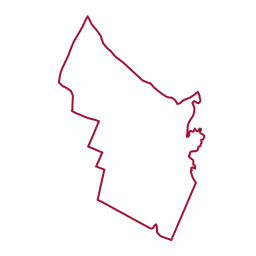 Prey Veng, Prey Vêng, Cambodia (Robinson projection), rotated 203°
{"feature_id": "14789045B86524925966817", "entity_name": "Prey Veng", "entity_type": "district", "adm_level": 2, "iso_a3": "KHM", "parent_name": "Cambodia", "parent_adm1": "Prey Vêng", "projection": "robinson", "projection_center": [105.325, 11.475], "detail": "fine", "context": "isolated", "style": "outline", "palette": "rose", "viewbox_px": 256, "rotation_deg": 203, "n_neighbors": 0, "source": "geoboundaries", "source_scale": "gbopen_adm2", "svg_char_len": 2155}
<svg xmlns="http://www.w3.org/2000/svg" viewBox="0 0 256 256"><g transform="rotate(203 128 128)"><path d="M208.6,214.8L209.0,213.8L209.1,211.7L209.3,208.1L209.5,202.9L210.1,198.0L211.0,191.3L211.7,185.6L211.6,178.8L211.3,171.3L211.6,162.7L211.9,157.0L211.5,151.4L210.3,146.2L209.3,142.9L207.2,142.0L203.9,140.8L203.2,141.2L199.1,140.6L194.9,139.7L191.4,136.2L189.6,131.6L187.8,126.6L186.4,123.3L186.5,122.0L185.7,121.6L183.4,121.5L180.5,121.3L177.4,121.5L173.4,121.4L168.9,121.5L164.7,122.1L161.3,122.7L157.4,122.7L157.3,110.7L157.4,95.4L145.3,95.4L142.1,95.4L142.1,89.3L142.3,80.2L133.5,80.4L127.9,50.0L122.8,49.7L68.4,44.3L67.2,44.5L65.8,45.6L65.7,48.3L64.5,50.1L63.3,49.0L60.2,43.1L57.2,41.7L55.2,41.2L44.4,41.8L44.2,80.2L44.2,92.3L44.1,104.1L45.7,105.2L47.9,106.7L50.1,108.7L52.0,111.0L53.3,112.7L52.7,114.0L53.6,114.5L54.1,115.9L53.3,117.0L51.7,116.8L50.5,116.9L50.8,118.1L51.6,119.3L52.3,119.9L53.5,119.8L54.1,120.9L54.8,122.9L55.5,123.9L56.8,124.2L58.6,124.6L60.6,125.3L61.2,126.7L60.6,127.7L61.3,129.3L60.9,130.7L60.1,131.5L59.3,131.6L58.2,132.6L57.2,132.6L55.6,134.2L55.2,135.8L55.9,137.7L55.4,138.7L54.5,139.4L54.7,141.9L54.4,143.3L55.3,144.3L55.9,145.8L54.6,146.6L54.4,147.7L54.2,149.3L54.9,150.7L56.9,151.3L58.6,151.4L59.7,151.8L60.4,152.4L60.4,153.5L60.0,154.6L60.7,155.6L61.7,155.5L62.1,154.4L62.2,152.8L63.2,151.9L64.3,152.3L66.1,153.3L66.3,151.1L66.5,150.1L67.6,149.7L68.5,149.9L69.5,149.7L70.0,148.3L69.7,147.4L69.3,146.3L68.7,144.9L69.5,143.4L70.3,143.0L70.8,144.0L71.1,145.3L71.7,147.4L72.3,149.0L72.7,150.3L73.2,151.5L73.7,152.4L74.0,155.1L74.1,157.7L73.5,161.6L72.9,164.6L73.3,168.4L74.0,170.9L75.5,173.5L77.4,175.1L78.4,176.1L78.1,177.6L77.8,178.6L75.7,178.5L74.1,178.1L73.2,178.2L72.3,179.1L72.0,180.4L72.4,182.4L73.7,183.6L74.9,185.9L77.8,188.5L80.4,183.8L82.5,180.6L87.8,175.2L90.2,170.6L92.0,169.5L94.5,171.4L95.9,172.2L97.2,172.6L99.6,173.0L102.2,172.1L104.8,171.9L110.3,172.7L119.2,175.2L124.6,177.8L129.5,177.4L133.2,177.5L137.2,178.9L147.5,182.6L157.7,186.3L167.9,188.9L173.8,192.0L178.3,193.3L184.2,196.4L188.9,201.9L194.9,205.7L201.9,209.2L206.2,213.0L208.6,214.8Z" fill="none" stroke="#9f1239" stroke-width="2"/></g></svg>